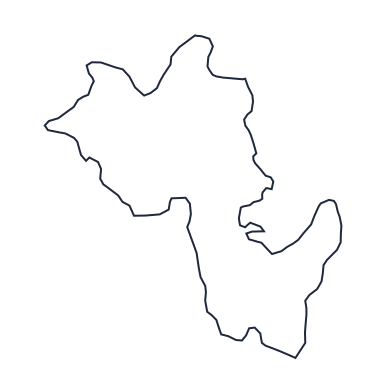 the district of Pohang-si, North Gyeongsang, South Korea, rotated 5°
{"feature_id": "91817680B48442195707238", "entity_name": "Pohang-si", "entity_type": "district", "adm_level": 2, "iso_a3": "KOR", "parent_name": "South Korea", "parent_adm1": "North Gyeongsang", "projection": "orthographic", "projection_center": [129.325, 36.079], "detail": "fine", "context": "isolated", "style": "outline", "palette": "slate", "viewbox_px": 384, "rotation_deg": 5, "n_neighbors": 0, "source": "geoboundaries", "source_scale": "gbopen_adm2", "svg_char_len": 2197}
<svg xmlns="http://www.w3.org/2000/svg" viewBox="0 0 384 384"><g transform="rotate(5 192 192)"><path d="M181.4,35.7L166.8,48.7L159.6,59.0L159.5,66.8L153.5,77.7L150.5,84.4L148.0,91.6L142.0,97.1L135.9,100.1L126.2,92.8L119.6,82.5L112.3,75.8L105.1,74.6L97.8,72.8L90.0,70.9L80.9,71.5L76.0,75.1L79.0,83.0L82.7,86.7L84.5,90.3L82.6,95.1L80.2,104.2L75.3,106.6L70.5,110.2L66.8,117.5L52.3,130.2L43.2,133.8L39.5,138.6L40.3,139.5L43.1,142.9L54.0,144.1L60.7,144.7L69.8,148.4L73.4,152.0L77.0,161.7L78.2,164.8L83.7,170.2L86.7,166.6L95.8,170.3L99.4,177.0L99.4,186.7L103.0,192.1L107.2,194.6L118.8,201.9L123.6,207.9L130.9,211.0L136.3,220.7L147.9,219.5L161.8,217.1L170.3,211.6L170.9,203.8L172.1,200.1L186.1,198.3L190.9,203.8L192.8,214.1L192.1,221.4L190.3,227.4L201.9,252.3L205.5,267.5L207.9,276.0L213.4,284.5L214.6,290.6L214.6,299.1L217.6,310.0L222.5,313.1L227.4,317.3L231.0,325.8L233.5,331.3L240.8,332.5L248.7,335.6L254.7,335.6L258.4,330.1L260.8,322.8L266.3,321.6L272.4,327.0L273.6,331.9L274.8,336.2L278.5,338.6L293.1,342.8L308.8,348.0L309.5,348.3L318.0,332.4L316.8,322.1L316.7,314.2L316.7,304.5L316.1,297.8L314.3,290.5L317.9,284.4L325.2,277.7L328.8,269.8L329.4,261.9L329.4,253.4L332.4,247.9L341.5,237.0L344.5,229.1L343.9,220.0L343.8,212.7L341.4,204.2L338.9,198.8L336.5,191.5L334.1,188.5L329.2,187.9L321.3,192.1L319.5,195.2L315.9,205.5L313.5,214.0L306.8,223.1L302.0,230.4L297.2,234.6L291.7,238.3L286.2,243.2L277.1,246.8L272.3,242.6L265.6,236.5L261.9,235.9L252.8,234.1L249.8,228.6L255.3,226.2L267.1,224.9L263.2,220.5L252.7,217.5L250.0,220.2L248.0,222.5L242.8,221.0L241.8,217.5L241.0,214.0L241.3,210.8L242.0,203.3L243.5,202.3L244.8,201.8L250.7,200.1L254.4,196.6L256.7,195.9L260.2,194.6L262.6,192.6L262.1,188.2L262.4,186.2L265.6,181.7L266.6,181.7L271.1,182.2L271.6,178.2L272.1,174.5L269.1,170.5L263.9,169.3L257.6,162.8L252.4,157.9L250.4,154.6L249.9,151.2L252.7,147.9L249.1,138.3L245.5,129.8L243.1,125.6L239.4,121.3L237.6,115.3L240.6,109.8L244.3,106.2L244.9,96.5L243.7,90.4L238.8,82.6L235.1,74.5L232.8,75.3L221.3,75.3L212.8,75.3L206.1,74.7L202.5,73.5L198.9,69.3L196.5,65.6L196.5,56.0L198.3,51.7L200.1,45.1L195.9,37.8L188.0,36.0L185.6,36.0L182.6,36.0L181.4,35.7Z" fill="none" stroke="#1e293b" stroke-width="2"/></g></svg>